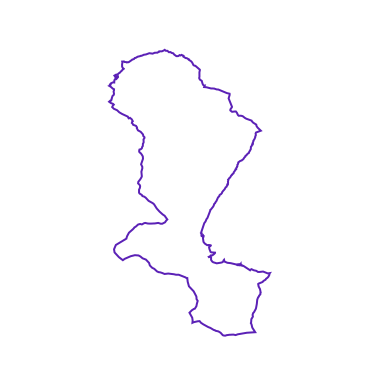 Moisei, Maramures, Romania (Mercator projection), rotated 34°
{"feature_id": "2599482B59377530755916", "entity_name": "Moisei", "entity_type": "district", "adm_level": 2, "iso_a3": "ROU", "parent_name": "Romania", "parent_adm1": "Maramures", "projection": "mercator", "projection_center": [24.564, 47.623], "detail": "fine", "context": "isolated", "style": "outline", "palette": "violet", "viewbox_px": 384, "rotation_deg": 34, "n_neighbors": 0, "source": "geoboundaries", "source_scale": "gbopen_adm2", "svg_char_len": 6009}
<svg xmlns="http://www.w3.org/2000/svg" viewBox="0 0 384 384"><g transform="rotate(34 192 192)"><path d="M265.5,300.2L266.3,298.9L269.0,296.0L270.5,294.8L272.5,295.4L275.3,295.4L281.0,294.9L283.2,294.4L287.2,294.2L288.2,293.8L289.0,293.9L291.9,292.8L294.4,292.7L297.6,293.5L298.9,293.1L300.2,292.2L300.6,291.5L302.8,289.5L306.0,287.1L308.2,286.2L309.5,284.4L316.2,278.0L322.8,272.9L317.8,270.7L315.3,268.4L314.1,267.8L313.9,267.0L312.3,264.2L312.2,261.6L312.0,261.0L311.0,260.1L310.4,258.3L310.6,257.0L310.3,253.5L310.0,252.4L308.3,248.5L306.3,244.8L305.7,242.3L305.9,241.4L305.6,240.3L305.9,238.7L305.1,237.4L305.2,237.0L302.7,234.5L300.1,233.1L298.3,231.3L298.5,230.6L300.8,227.2L301.0,225.7L302.0,223.6L301.9,222.6L302.5,220.9L302.7,219.5L302.5,217.6L301.9,216.3L301.9,215.7L300.4,217.1L295.4,218.2L292.6,220.6L291.3,221.4L289.4,221.4L286.8,222.4L284.5,222.7L283.9,223.8L283.9,224.4L275.9,224.5L274.6,225.0L273.9,224.7L273.6,224.9L274.1,225.3L273.5,225.5L272.6,224.4L272.6,225.7L272.4,226.2L272.0,226.3L271.9,225.6L271.5,226.1L271.4,226.7L270.4,227.3L270.0,227.3L270.2,226.5L269.1,227.4L264.0,229.3L260.9,230.9L257.8,231.5L256.5,230.3L256.4,231.2L256.9,232.0L256.3,233.5L255.5,234.4L252.4,237.3L248.8,238.4L247.9,238.4L246.1,237.8L245.3,237.0L244.7,235.9L244.0,235.3L243.2,235.6L242.5,236.5L242.2,236.4L243.0,235.1L243.0,234.1L244.3,233.1L245.0,231.1L245.2,229.7L245.0,229.4L241.8,231.2L240.9,231.3L238.3,229.5L237.0,228.2L236.9,227.6L237.5,226.6L237.5,225.8L237.3,225.7L235.6,226.5L234.3,227.6L231.6,227.6L229.8,227.1L229.3,226.8L226.6,223.8L226.7,223.2L226.3,222.4L226.3,222.0L226.0,222.0L225.8,222.5L225.4,222.0L225.2,222.6L224.6,223.1L223.9,222.5L223.9,221.8L223.1,221.4L223.4,221.2L223.3,220.9L222.2,220.3L219.6,211.0L219.7,208.9L219.2,206.5L219.3,204.8L217.6,197.5L217.2,196.6L217.4,196.3L217.7,192.5L217.6,191.1L217.1,189.6L217.4,188.3L217.2,187.7L217.3,185.8L216.6,181.9L217.0,180.3L216.6,179.5L216.8,178.3L217.2,177.7L217.4,176.3L217.1,175.1L217.2,173.6L217.5,171.5L217.3,169.4L217.7,168.3L217.5,167.8L217.6,166.5L217.0,166.0L217.4,165.4L217.1,165.0L216.8,164.2L216.0,163.3L215.6,162.1L215.0,161.6L215.2,160.9L215.1,159.8L215.5,158.7L215.3,156.4L215.6,155.8L215.4,155.2L216.0,153.3L215.6,152.5L215.7,149.8L215.4,149.1L215.8,148.7L215.9,148.3L215.3,147.6L215.4,146.4L215.1,145.9L215.2,145.3L214.4,144.0L214.5,143.3L214.1,141.9L213.8,141.6L214.6,139.3L215.6,138.0L215.7,137.3L215.9,137.0L216.2,135.7L216.1,134.2L216.4,132.8L216.1,132.0L216.6,131.1L216.6,129.9L217.0,128.4L217.3,128.0L216.9,126.3L217.0,125.2L216.8,124.6L216.8,123.7L215.6,121.6L215.7,120.3L215.4,119.3L215.8,118.7L215.5,117.9L215.0,117.9L214.5,115.5L214.2,115.2L214.2,113.3L213.8,111.2L213.3,110.5L213.3,109.6L213.0,109.0L212.0,107.9L211.8,106.9L214.8,102.7L210.2,101.9L208.4,101.1L207.6,100.2L203.9,100.3L202.2,99.9L201.5,99.5L196.0,100.9L194.4,101.0L191.6,100.8L189.9,101.4L188.0,102.7L186.8,102.4L185.3,101.4L183.4,100.7L182.6,101.2L180.4,103.1L178.5,103.0L177.9,102.7L177.6,101.5L177.7,99.5L177.5,99.0L170.0,93.9L168.9,90.4L168.2,89.5L165.6,90.5L156.6,92.3L155.0,93.2L152.4,93.9L149.9,95.5L145.4,97.1L143.4,98.2L143.0,96.7L142.7,97.0L141.4,97.0L140.3,96.4L137.9,94.4L135.6,94.4L134.2,93.5L133.8,92.4L131.2,88.6L130.3,86.4L130.0,86.2L124.2,85.5L123.4,85.9L122.3,86.0L119.6,84.5L117.9,84.1L115.6,84.2L115.1,84.1L115.1,83.8L112.7,84.0L111.9,84.5L109.0,84.6L108.9,84.5L109.1,84.0L108.9,83.8L106.6,84.2L106.2,85.2L105.1,85.5L104.8,86.6L104.4,87.2L103.1,88.1L100.3,88.0L99.0,87.5L97.2,88.1L96.0,88.0L94.7,89.0L92.7,88.7L91.2,89.6L89.9,89.4L89.5,90.4L88.4,92.2L86.1,93.8L86.2,94.5L85.8,94.8L85.5,95.8L83.3,97.3L82.0,99.3L79.0,100.8L77.0,103.6L75.1,105.4L74.7,106.3L73.6,107.7L73.2,107.9L73.0,108.4L71.3,110.2L70.3,112.3L69.6,113.0L69.5,114.3L68.4,115.6L68.3,116.2L66.9,119.8L65.8,120.6L65.6,121.0L65.0,121.0L63.5,121.9L62.6,121.8L61.2,122.9L62.0,123.7L62.6,125.2L64.0,127.2L65.3,127.9L66.5,128.0L66.5,128.5L66.1,128.9L65.9,131.2L65.6,131.8L65.5,133.3L64.9,134.6L64.6,136.1L63.4,137.2L62.6,138.9L64.1,139.4L66.0,137.6L66.4,138.1L66.1,139.1L66.3,139.1L66.1,140.7L65.0,140.8L65.4,141.6L65.1,142.4L65.2,142.9L66.3,144.7L65.2,145.3L64.0,147.3L63.9,148.6L64.5,148.6L64.6,149.4L64.1,150.3L65.8,150.2L68.8,150.6L69.9,150.4L70.5,151.4L70.8,152.5L72.5,154.3L72.8,155.4L72.4,156.7L72.9,158.7L73.2,159.2L73.2,159.6L73.7,160.5L73.8,161.4L73.6,161.9L73.2,161.9L72.8,163.5L75.1,163.6L77.2,163.1L78.3,163.3L78.1,164.7L78.3,166.2L80.6,166.7L84.2,166.1L87.1,166.6L90.4,166.4L96.7,165.4L97.7,166.1L98.5,166.3L99.1,165.2L101.3,165.4L103.3,166.4L103.1,167.1L103.5,168.4L104.4,168.5L105.6,169.2L108.6,168.5L110.3,169.2L110.5,169.9L112.7,171.1L115.8,170.8L119.2,171.7L120.3,172.8L122.0,173.2L122.4,173.9L122.4,175.5L124.1,177.8L124.3,178.7L124.3,179.4L125.5,181.4L125.5,182.5L126.0,183.9L125.6,185.2L124.7,186.2L125.3,187.7L126.2,188.4L128.2,188.6L130.6,189.6L131.5,190.2L132.8,191.9L134.3,197.5L136.7,198.9L137.6,200.2L138.7,203.5L141.6,207.0L141.9,208.1L142.0,210.5L141.8,213.6L142.5,215.0L144.7,215.4L145.7,216.1L146.5,217.7L146.8,219.7L148.5,222.2L149.5,222.6L152.0,222.5L153.2,223.1L154.8,222.6L156.7,222.6L160.9,223.6L165.7,223.2L167.4,223.4L172.0,225.4L176.0,226.4L180.3,227.0L182.6,227.0L186.9,228.6L186.6,230.0L186.6,232.2L185.1,234.9L183.8,235.8L181.3,236.5L178.8,238.8L175.3,241.4L173.1,242.8L170.5,243.8L169.7,244.7L168.6,246.9L166.9,247.5L165.5,249.1L164.8,252.0L164.0,253.8L164.1,254.4L163.8,256.0L162.5,261.0L162.9,264.9L163.4,266.7L163.7,267.3L158.5,278.5L159.4,283.1L161.6,285.4L167.9,286.9L172.8,287.2L173.6,285.0L177.1,279.5L180.0,276.3L183.2,274.5L185.3,274.3L188.1,274.6L191.6,273.8L196.1,274.8L197.9,276.3L198.7,276.6L201.4,277.1L203.7,276.8L207.4,277.4L209.2,277.1L210.5,276.4L212.6,275.8L215.1,275.3L217.9,272.9L223.0,270.3L225.1,269.5L227.3,268.0L234.5,266.4L236.0,266.5L236.3,266.1L238.6,268.8L242.2,271.9L248.9,273.4L253.9,276.1L254.5,276.7L255.6,278.2L257.6,279.1L258.6,282.1L259.5,284.2L259.6,287.2L258.9,288.0L258.0,290.2L257.4,293.5L262.5,296.1L264.4,298.2L265.5,300.2Z" fill="none" stroke="#5b21b6" stroke-width="2"/></g></svg>